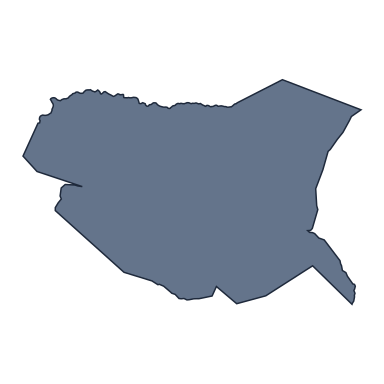 Santos Reyes Pápalo, Oaxaca, Mexico
{"feature_id": "50627088B34402945572854", "entity_name": "Santos Reyes Pápalo", "entity_type": "district", "adm_level": 2, "iso_a3": "MEX", "parent_name": "Mexico", "parent_adm1": "Oaxaca", "projection": "albers", "projection_center": [-96.887, 17.792], "detail": "fine", "context": "isolated", "style": "filled", "palette": "slate", "viewbox_px": 384, "rotation_deg": 0, "n_neighbors": 0, "source": "geoboundaries", "source_scale": "gbopen_adm2", "svg_char_len": 3252}
<svg xmlns="http://www.w3.org/2000/svg" viewBox="0 0 384 384"><path d="M212.1,296.0L216.4,286.5L236.7,303.7L265.8,295.8L312.6,265.8L352.0,304.3L352.5,303.0L353.7,301.2L354.5,297.0L354.4,295.2L355.0,293.3L353.9,290.5L354.6,289.1L355.3,286.2L354.5,284.4L352.8,283.9L347.4,276.2L345.9,272.6L342.4,270.5L341.5,265.6L340.6,263.8L340.0,260.7L324.2,239.9L318.8,238.0L314.7,233.6L312.5,232.6L309.6,232.4L307.7,230.6L310.6,230.4L312.3,228.5L317.8,209.6L316.7,205.7L315.7,188.7L317.5,184.0L318.3,181.9L322.9,169.7L328.1,151.4L330.3,149.4L337.3,139.4L343.0,132.3L349.4,120.6L351.4,116.5L361.0,109.8L282.4,79.7L238.0,102.4L236.8,103.1L236.2,103.7L235.0,103.9L234.1,104.5L232.7,105.8L231.4,106.8L230.1,106.9L229.1,107.1L227.9,107.2L227.0,107.1L225.8,106.6L224.5,106.6L223.4,106.3L221.8,105.9L220.7,105.9L219.4,106.1L218.3,106.3L217.6,106.0L216.9,105.4L216.1,105.2L215.1,105.4L213.9,106.0L213.2,106.4L212.5,106.5L211.7,106.5L211.0,106.8L210.0,106.5L209.1,105.9L207.9,105.4L207.0,105.4L206.2,105.7L206.0,105.9L205.8,106.3L205.2,106.3L204.3,105.7L202.5,104.9L200.4,103.5L198.7,103.9L197.3,103.4L196.4,103.0L195.5,103.0L194.7,103.3L193.7,103.4L192.8,103.2L191.6,103.6L190.5,103.5L189.3,102.9L188.4,102.7L186.9,102.7L186.4,103.0L185.4,103.3L184.3,103.7L183.4,103.7L182.3,103.6L181.6,103.4L180.8,103.3L180.4,103.5L179.9,103.7L179.2,103.6L178.0,103.4L177.2,103.7L176.3,104.1L175.5,105.0L174.7,105.5L173.1,105.8L172.5,106.1L172.0,106.6L171.3,107.2L170.6,107.7L170.2,108.3L169.1,108.5L167.9,108.1L167.3,107.4L166.2,107.1L164.9,107.1L164.2,107.2L163.4,107.1L162.5,106.9L161.0,106.5L160.0,106.2L159.1,105.8L158.1,105.1L157.4,104.7L156.8,103.8L156.0,103.0L155.0,102.8L153.6,102.8L152.6,103.3L151.3,104.5L149.6,104.7L149.1,105.0L148.9,105.4L148.4,105.9L147.6,106.2L146.9,106.2L145.7,105.2L145.2,103.7L142.7,102.7L141.0,103.6L140.0,103.6L139.2,103.3L138.3,100.1L137.6,98.6L136.1,97.6L134.7,97.4L133.4,97.3L132.2,97.6L131.2,97.8L129.7,97.8L128.3,97.5L127.5,97.8L124.6,97.7L123.8,97.5L123.6,96.2L123.5,94.8L123.0,94.4L121.2,94.7L119.9,94.7L118.7,94.0L117.7,93.9L114.5,96.1L113.3,96.4L111.1,95.1L108.4,93.8L105.2,91.6L104.0,91.8L102.2,93.5L101.2,94.0L100.5,93.7L100.2,92.8L99.5,91.5L97.8,90.0L95.8,91.5L94.8,91.9L93.6,91.4L92.6,91.2L90.4,89.7L89.7,89.9L87.7,89.9L86.0,90.1L85.5,90.6L84.5,91.3L83.0,93.1L82.3,93.3L80.3,93.3L79.1,92.8L78.3,92.3L77.1,92.0L75.9,92.2L75.1,93.0L73.9,93.4L72.7,93.7L71.9,94.7L70.4,95.6L69.2,96.6L68.7,97.4L68.4,97.8L67.4,98.3L66.0,98.8L64.0,98.8L62.0,99.5L60.3,100.7L59.3,100.5L58.1,100.2L57.1,99.7L56.1,98.7L54.9,97.9L53.7,97.7L52.2,97.9L50.9,98.6L50.4,99.4L51.2,100.6L51.9,102.1L52.9,103.6L53.3,104.9L53.3,106.1L52.8,107.6L52.0,109.3L52.0,110.5L51.5,111.5L51.1,112.8L49.6,113.8L48.1,114.8L46.1,115.3L44.9,115.4L43.6,115.2L42.5,115.1L41.1,115.7L40.2,116.4L39.7,117.3L39.5,118.2L39.4,119.4L40.1,120.7L39.6,122.9L38.0,123.2L23.0,156.1L37.0,171.5L82.3,186.6L77.9,186.0L74.8,185.0L65.2,184.5L61.2,188.0L60.1,196.0L61.3,199.0L58.2,202.8L55.3,207.6L55.3,210.6L124.0,272.3L152.2,281.0L152.4,281.2L157.9,284.7L159.4,284.3L160.7,284.9L163.7,286.2L170.6,292.1L171.7,293.2L175.2,294.4L179.0,298.5L181.2,298.8L184.0,298.5L186.9,299.9L188.3,299.8L189.3,299.7L193.8,298.8L197.2,298.7L199.0,298.7L212.1,296.0Z" fill="#64748b" stroke="#1e293b" stroke-width="1.5"/></svg>